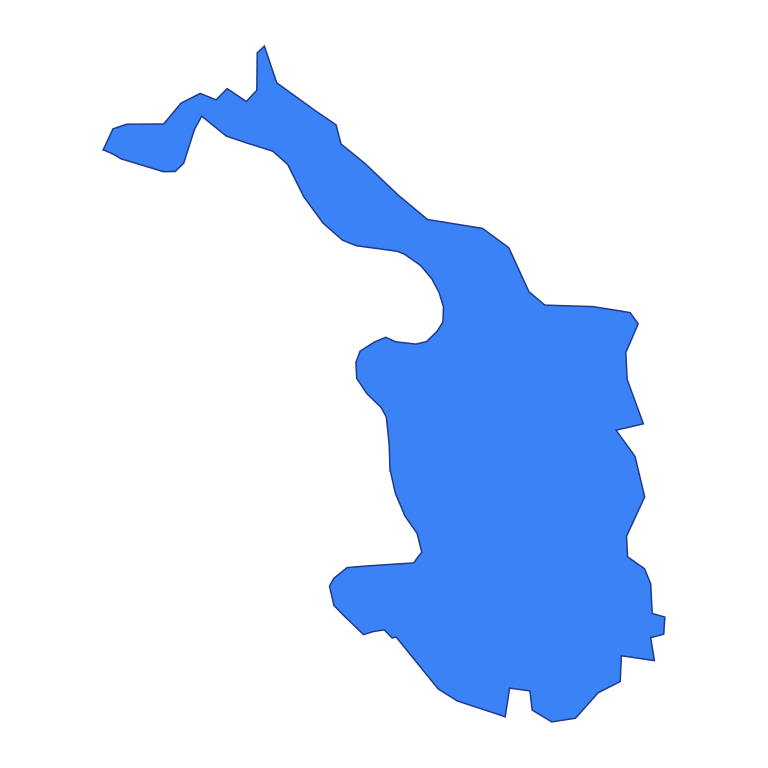 Amudarya, Karakalpakstan, Uzbekistan (Mercator projection)
{"feature_id": "79887680B11316331959400", "entity_name": "Amudarya", "entity_type": "district", "adm_level": 2, "iso_a3": "UZB", "parent_name": "Uzbekistan", "parent_adm1": "Karakalpakstan", "projection": "mercator", "projection_center": [60.011, 42.124], "detail": "fine", "context": "isolated", "style": "filled", "palette": "blue", "viewbox_px": 768, "rotation_deg": 0, "n_neighbors": 0, "source": "geoboundaries", "source_scale": "gbopen_adm2", "svg_char_len": 1481}
<svg xmlns="http://www.w3.org/2000/svg" viewBox="0 0 768 768"><path d="M113.0,128.8L103.1,150.0L104.9,150.5L114.3,154.7L120.9,158.8L163.4,171.7L175.2,171.5L183.7,163.2L194.5,129.3L201.7,116.2L226.3,136.1L247.0,143.1L272.8,151.2L287.7,164.5L303.8,196.8L323.2,223.3L342.4,240.1L356.1,245.7L397.3,251.3L404.3,254.1L420.6,265.5L431.8,278.8L439.0,292.3L443.5,306.9L442.9,322.0L437.1,331.3L426.5,341.6L415.8,344.1L395.7,341.8L385.7,337.3L374.6,341.9L360.1,351.1L355.9,362.5L356.7,378.3L359.6,382.7L366.8,393.6L381.1,407.5L386.3,417.0L388.1,433.9L389.2,445.5L390.0,470.8L390.5,471.5L395.3,493.1L405.0,516.1L417.1,533.4L421.8,552.3L418.8,555.9L413.7,562.9L368.9,565.8L363.8,566.2L347.1,567.6L333.9,578.2L329.5,586.2L333.9,605.4L343.4,615.2L363.5,634.6L373.9,631.4L384.3,629.9L392.2,638.0L396.2,637.1L438.2,689.0L457.4,701.0L472.5,706.0L503.3,716.1L505.2,716.9L509.6,688.1L529.9,690.9L532.2,710.1L551.7,721.9L575.5,718.2L598.1,692.8L620.2,681.5L621.4,655.8L654.4,660.6L650.7,637.7L663.7,634.2L664.9,617.1L652.2,613.5L650.7,583.9L644.6,568.8L627.6,556.8L626.5,536.3L644.7,496.9L635.0,456.3L616.0,430.2L643.4,423.8L627.2,379.6L625.8,352.6L638.2,323.8L630.1,312.6L593.0,306.6L544.8,305.1L528.9,291.7L508.8,247.7L482.5,228.4L427.5,219.5L398.3,195.2L364.9,163.4L341.0,144.0L336.1,124.9L315.0,110.5L276.7,82.8L264.4,46.1L257.2,52.9L256.8,90.3L246.3,101.5L227.2,88.6L216.1,99.9L200.2,93.4L181.1,103.1L163.6,124.0L126.7,124.2L113.0,128.8Z" fill="#3b82f6" stroke="#1e3a8a" stroke-width="1.5"/></svg>